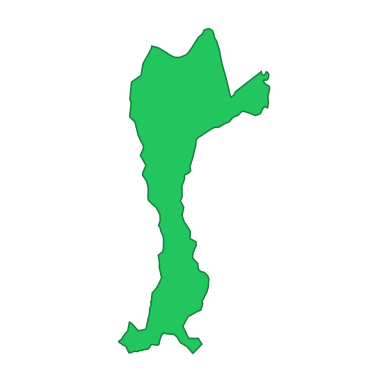 the district of Ayedade, Osun, Nigeria, rotated 174°
{"feature_id": "59680162B94327255764727", "entity_name": "Ayedade", "entity_type": "district", "adm_level": 2, "iso_a3": "NGA", "parent_name": "Nigeria", "parent_adm1": "Osun", "projection": "equal_earth", "projection_center": [4.304, 7.34], "detail": "fine", "context": "isolated", "style": "filled", "palette": "green", "viewbox_px": 384, "rotation_deg": 174, "n_neighbors": 0, "source": "geoboundaries", "source_scale": "gbopen_adm2", "svg_char_len": 3404}
<svg xmlns="http://www.w3.org/2000/svg" viewBox="0 0 384 384"><g transform="rotate(174 192 192)"><path d="M108.0,267.8L107.5,269.9L106.6,273.2L106.6,275.4L106.6,277.4L106.6,278.1L106.2,280.3L105.6,281.7L104.9,284.2L104.2,286.0L103.9,288.5L105.2,290.0L107.2,291.1L108.5,292.9L108.9,293.8L109.4,294.8L108.5,296.0L107.3,295.5L105.9,295.5L104.2,297.2L103.5,299.8L103.5,301.5L104.4,303.3L105.7,303.7L106.8,301.8L107.5,300.8L109.0,300.9L110.2,302.0L110.5,304.5L110.7,304.4L114.0,302.2L121.7,297.5L131.2,291.6L138.2,287.3L140.3,284.0L143.1,282.3L144.0,284.2L144.6,289.2L144.8,291.0L146.6,303.9L148.8,316.5L150.0,330.6L151.7,339.1L153.6,343.6L153.7,345.6L153.9,347.1L154.8,350.4L156.0,351.3L157.1,352.1L158.1,352.6L159.7,352.6L161.1,352.3L163.3,351.5L165.1,348.2L166.8,346.9L169.2,345.4L170.3,344.1L172.0,341.9L173.7,340.0L174.8,338.5L176.0,336.9L177.0,335.6L178.4,334.1L180.5,331.5L181.9,330.3L183.4,329.0L185.0,328.7L186.4,328.1L188.0,327.7L189.9,327.2L191.1,327.2L193.0,327.5L195.1,327.8L195.4,327.8L200.7,331.3L202.3,332.9L210.0,338.6L212.6,339.9L213.4,340.1L215.4,340.8L216.6,341.4L217.7,338.3L227.2,325.0L230.5,313.3L240.7,307.6L244.1,290.6L243.1,287.2L246.2,273.3L241.4,267.5L239.5,253.7L237.4,247.9L236.1,244.5L235.6,242.8L235.6,240.7L239.5,233.7L235.0,223.4L238.9,216.3L239.4,213.9L238.3,211.8L236.0,207.5L235.1,200.4L235.9,194.4L236.4,191.2L236.2,188.3L233.6,185.2L233.2,184.6L232.9,184.2L229.3,180.4L227.6,176.4L226.2,172.9L226.7,166.5L228.8,162.2L227.5,160.1L227.0,156.3L225.3,150.8L225.2,147.7L226.3,139.0L227.5,135.6L232.2,132.7L231.7,125.5L232.4,120.6L231.2,110.0L233.8,105.4L236.9,100.8L241.1,96.5L241.9,96.2L243.3,90.8L243.2,90.3L243.5,88.8L244.5,86.9L244.6,83.5L246.0,81.1L247.2,75.1L247.9,72.8L248.8,70.7L252.1,60.4L254.1,60.2L259.9,59.5L265.8,67.6L267.8,69.1L270.5,60.4L273.0,58.3L274.7,56.3L275.8,55.6L276.4,54.2L277.6,52.8L279.5,51.8L280.5,51.0L280.3,50.3L280.1,50.0L279.3,49.3L279.0,49.2L278.7,49.1L278.2,48.7L277.9,48.4L277.5,47.7L277.0,47.3L276.6,47.1L276.3,46.9L275.3,46.6L274.6,46.1L273.7,45.0L273.1,43.0L272.3,40.8L271.6,38.9L271.3,38.5L270.7,38.7L268.7,38.7L267.3,39.3L266.9,39.6L262.6,39.0L260.7,39.7L260.0,39.9L258.4,39.6L257.5,39.9L256.8,40.2L256.3,40.4L255.9,40.4L254.6,40.1L253.7,40.2L252.8,40.4L252.4,40.3L250.2,42.0L248.5,44.7L242.0,43.2L240.9,43.8L239.3,48.6L237.3,52.6L235.3,54.6L231.3,53.5L229.5,53.2L224.9,52.3L222.1,49.5L219.4,43.5L213.1,38.8L208.3,31.8L208.0,31.4L198.3,39.4L198.1,39.7L201.0,45.7L210.6,46.8L215.1,59.4L209.1,68.3L199.0,72.7L195.7,73.6L194.0,77.1L193.1,80.0L193.6,82.0L191.0,85.8L190.2,87.2L188.0,90.6L187.5,91.5L186.8,93.1L186.3,94.3L185.4,97.0L185.1,100.2L184.3,103.4L185.0,106.6L188.1,110.7L191.7,112.0L193.8,114.6L193.8,120.4L198.3,126.2L197.7,130.0L195.9,134.2L193.3,138.6L193.3,142.0L198.9,146.0L197.8,152.8L198.6,154.8L200.0,157.6L201.6,160.9L202.7,162.5L203.8,166.9L204.3,170.0L201.8,177.6L204.5,184.6L202.3,188.3L201.9,193.3L201.5,198.8L198.0,205.9L197.7,209.7L193.6,211.0L191.2,213.1L191.4,218.0L190.0,220.6L189.9,220.8L188.5,224.2L187.0,228.0L185.0,233.6L183.6,237.5L182.9,241.0L182.5,243.3L180.2,245.6L176.0,247.5L172.5,249.4L167.8,251.8L163.1,253.9L158.7,253.6L156.2,254.7L152.1,256.6L147.6,257.9L144.9,260.6L142.5,262.4L138.0,263.5L135.8,265.5L133.8,267.0L131.9,266.7L129.4,265.7L126.6,264.5L124.1,263.2L121.5,261.5L118.7,261.9L115.8,262.7L113.1,267.2L111.2,269.4L108.0,267.8Z" fill="#22c55e" stroke="#15803d" stroke-width="1.5"/></g></svg>